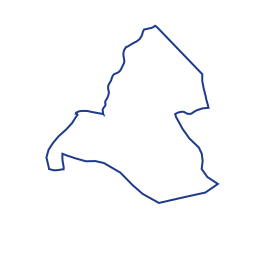 the district of Hill 20/Babonneau, Castries, Saint Lucia, rotated 70°
{"feature_id": "8701671B84261355290509", "entity_name": "Hill 20/Babonneau", "entity_type": "district", "adm_level": 2, "iso_a3": "LCA", "parent_name": "Saint Lucia", "parent_adm1": "Castries", "projection": "natural_earth1", "projection_center": [-60.951, 13.999], "detail": "fine", "context": "isolated", "style": "outline", "palette": "blue", "viewbox_px": 256, "rotation_deg": 70, "n_neighbors": 0, "source": "geoboundaries", "source_scale": "gbopen_adm2", "svg_char_len": 1870}
<svg xmlns="http://www.w3.org/2000/svg" viewBox="0 0 256 256"><g transform="rotate(70 128 128)"><path d="M51.5,102.3L52.2,103.4L53.4,104.9L55.0,106.1L56.5,106.9L58.0,107.4L59.9,107.8L62.3,108.2L64.0,108.6L65.6,109.6L66.9,110.8L68.4,112.5L70.3,114.3L71.7,116.3L72.3,117.8L72.6,120.0L72.6,121.6L72.7,122.8L73.6,124.3L75.0,125.7L77.6,127.7L79.2,129.6L80.1,130.8L81.7,132.2L83.3,132.9L84.6,133.3L85.7,133.4L87.5,133.6L88.6,134.0L90.6,135.4L91.5,136.1L93.0,137.5L94.0,138.8L95.1,140.1L96.5,140.9L97.1,140.9L97.9,140.9L99.5,142.0L100.4,143.6L101.1,144.6L102.3,145.7L103.6,145.9L104.1,146.0L104.8,146.2L105.6,146.4L106.0,146.5L106.6,146.5L106.3,146.7L100.0,157.5L98.2,160.2L97.4,162.1L96.6,164.3L96.0,166.2L95.6,168.6L95.7,170.0L96.0,171.7L96.7,172.2L97.1,171.2L98.4,170.9L100.0,173.4L104.2,178.8L108.2,186.5L112.1,196.2L116.6,203.9L121.2,210.0L127.7,214.7L139.3,216.1L139.6,216.2L142.4,212.2L143.7,207.9L144.2,204.6L144.8,202.7L143.5,202.0L141.5,201.6L138.7,201.1L136.0,200.6L133.4,199.8L130.7,198.8L129.8,198.4L132.3,195.6L138.5,187.8L144.9,178.9L147.9,170.0L152.7,162.6L167.4,150.4L183.3,143.2L194.9,136.8L209.0,124.6L211.4,105.3L212.7,95.3L215.1,77.4L211.4,63.0L211.3,62.7L201.2,70.2L191.7,72.8L184.5,69.1L177.3,67.5L170.6,68.1L158.8,73.9L147.6,77.0L134.1,79.1L131.1,78.9L130.9,78.2L130.6,75.3L130.8,74.0L130.9,73.3L131.2,71.5L132.2,69.7L133.1,69.0L135.0,67.2L135.5,66.1L136.1,64.4L136.0,62.7L135.6,61.4L135.3,60.1L134.9,57.6L134.9,55.7L134.9,54.9L135.0,51.8L135.6,49.2L135.7,48.7L136.4,46.1L136.6,45.5L133.9,45.1L128.3,44.7L122.5,43.9L116.2,43.3L109.1,42.1L105.5,40.8L102.8,39.8L43.5,66.1L41.2,67.6L41.8,69.6L42.0,71.6L41.6,74.4L41.5,75.2L41.2,77.7L40.9,79.1L42.3,80.7L42.8,81.2L44.9,82.6L46.8,84.5L48.4,86.6L49.1,88.7L49.6,90.3L49.8,92.1L50.1,94.3L50.5,96.6L51.1,99.2L51.3,100.6L51.4,101.5L51.2,102.0L51.5,102.3Z" fill="none" stroke="#1e3a8a" stroke-width="2"/></g></svg>